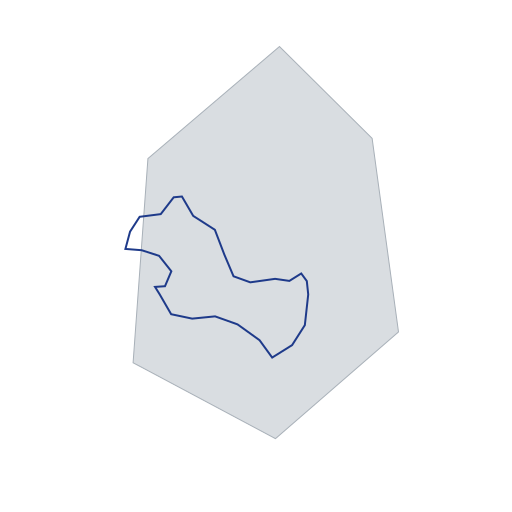 Borgo Maggiore on a map of San Marino (Natural Earth projection), rotated 328°
{"feature_id": "SMR-4883", "entity_name": "Borgo Maggiore", "entity_type": "state/province", "adm_level": 1, "iso_a3": "SMR", "parent_name": "San Marino", "parent_adm1": "", "projection": "natural_earth1", "projection_center": [12.438, 43.942], "detail": "fine", "context": "in_parent", "style": "outline", "palette": "blue", "viewbox_px": 512, "rotation_deg": 328, "n_neighbors": 0, "source": "natural_earth", "source_scale": "10m", "svg_char_len": 682}
<svg xmlns="http://www.w3.org/2000/svg" viewBox="0 0 512 512"><g transform="rotate(328 256 256)"><path d="M336.6,395.9L175.7,421.2L95.2,281.4L216.0,116.1L386.9,90.8L416.8,217.8L336.6,395.9Z" fill="#d9dde1" stroke="#a8b0b8" stroke-width="1"/><path d="M149.0,180.8L162.1,168.6L178.1,161.1L197.4,170.0L217.3,162.6L224.7,166.3L224.0,188.7L235.0,212.0L229.9,238.0L226.2,261.3L237.2,275.3L260.1,285.5L271.1,294.8L285.1,294.8L285.8,304.2L279.9,316.3L260.8,340.5L239.4,350.7L215.9,350.7L214.4,329.3L204.1,304.2L189.3,285.5L168.7,275.3L153.2,260.4L154.0,237.1L154.0,228.7L162.8,233.4L176.1,224.1L173.9,204.5L162.1,190.5L149.0,180.8Z" fill="none" stroke="#1e3a8a" stroke-width="2"/></g></svg>